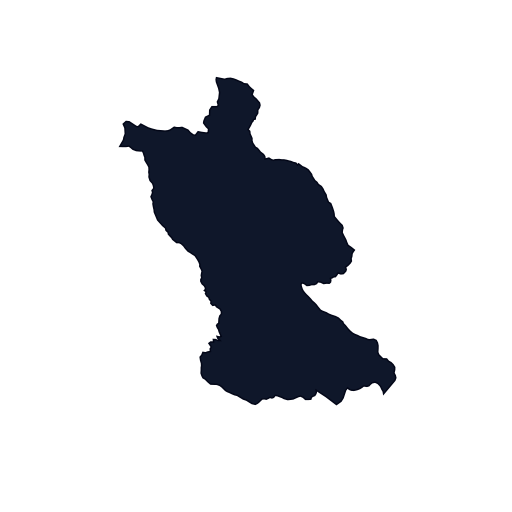 Condeúba, Bahia, Brazil, rotated 129°
{"feature_id": "56859067B15053950259209", "entity_name": "Condeúba", "entity_type": "district", "adm_level": 2, "iso_a3": "BRA", "parent_name": "Brazil", "parent_adm1": "Bahia", "projection": "equal_earth", "projection_center": [-42.052, -14.924], "detail": "fine", "context": "isolated", "style": "filled", "palette": "ink", "viewbox_px": 512, "rotation_deg": 129, "n_neighbors": 0, "source": "geoboundaries", "source_scale": "gbopen_adm2", "svg_char_len": 5369}
<svg xmlns="http://www.w3.org/2000/svg" viewBox="0 0 512 512"><g transform="rotate(129 256 256)"><path d="M332.8,123.3L330.8,124.1L328.9,123.4L327.5,122.6L326.0,122.7L324.2,123.2L322.4,124.9L321.2,113.1L320.8,100.0L315.4,98.5L311.5,99.0L303.8,101.9L300.8,101.9L300.9,99.6L300.3,97.6L298.9,95.5L297.2,94.1L295.8,93.1L293.7,91.9L291.4,91.1L289.2,90.6L287.5,87.8L285.8,86.6L283.8,86.5L281.5,86.0L279.1,84.1L278.3,81.1L278.7,77.8L279.4,76.0L280.3,74.3L281.2,71.9L282.8,70.1L265.3,69.8L262.7,70.7L261.2,72.6L260.1,75.2L257.1,76.7L255.2,78.2L254.2,81.1L253.9,84.0L254.4,86.8L253.8,89.7L256.1,92.7L255.8,95.7L255.5,98.5L254.1,100.9L251.3,102.9L248.9,104.8L247.1,107.0L246.0,109.5L246.7,112.3L248.3,113.8L249.6,115.0L250.6,116.7L251.1,118.8L252.3,121.8L253.4,124.5L253.9,127.0L254.8,129.8L255.3,132.4L255.2,135.8L254.7,139.2L253.9,142.7L253.6,145.5L252.6,147.2L252.7,149.6L252.4,152.9L253.1,156.1L253.9,158.2L254.6,160.0L255.5,163.0L255.9,165.7L256.6,167.8L257.2,169.7L257.6,171.8L256.8,175.8L256.1,178.5L255.8,181.0L255.7,184.1L255.2,186.4L254.7,190.1L254.5,192.6L254.1,195.1L253.5,197.5L252.7,199.3L251.5,201.2L250.0,203.2L247.8,203.3L247.0,201.0L246.9,197.9L245.3,196.2L243.3,194.9L241.5,192.7L239.3,191.6L237.2,191.9L235.6,189.4L234.8,186.1L232.7,184.2L231.0,181.9L229.4,181.7L227.8,182.6L226.6,184.1L225.0,183.1L223.4,182.6L222.1,181.3L220.0,181.3L217.6,181.6L216.5,178.8L214.8,177.1L213.3,176.9L211.1,176.8L209.6,177.5L208.4,179.4L205.4,178.7L202.2,178.4L199.9,178.7L198.2,180.5L196.1,181.3L193.6,182.9L191.4,183.2L189.5,183.3L189.5,187.2L189.8,191.3L188.2,194.4L187.1,196.1L186.2,198.1L185.2,200.5L183.6,203.8L181.1,205.4L179.5,206.0L178.0,208.3L177.7,211.4L177.4,213.4L176.9,216.1L176.1,220.0L174.1,221.9L172.7,223.6L170.4,227.1L168.2,231.0L168.6,233.5L166.1,238.1L164.4,240.0L163.0,243.8L161.8,246.1L160.9,249.0L161.2,252.6L160.4,255.1L160.4,257.8L159.6,260.0L158.8,262.5L157.6,264.2L156.8,267.1L156.2,269.7L156.4,272.0L156.8,274.0L157.5,276.2L157.5,278.5L157.6,280.9L159.2,281.0L158.7,283.5L159.8,285.6L160.7,288.5L161.6,290.3L162.4,292.2L163.8,294.8L165.4,296.8L166.5,298.7L169.2,301.7L170.8,302.8L171.5,304.9L171.8,307.6L173.6,308.9L175.0,309.9L173.1,311.9L172.4,314.1L172.5,318.0L172.0,320.1L171.5,322.7L171.9,324.9L171.1,327.3L170.4,329.6L168.9,331.8L167.1,333.2L166.2,334.9L164.9,337.5L163.0,339.4L162.8,341.8L160.8,342.1L158.9,342.4L157.0,342.8L154.8,343.4L153.0,343.3L151.5,343.9L150.1,342.8L148.1,344.1L145.9,344.3L143.9,344.6L141.3,346.6L138.6,346.8L136.3,347.8L134.8,349.7L134.4,352.0L133.9,354.6L133.8,357.9L133.0,360.7L130.8,361.4L128.9,362.1L128.9,365.0L128.7,367.9L127.9,371.0L129.8,373.9L130.0,376.5L131.0,379.6L131.7,382.3L132.6,384.9L134.0,387.7L136.3,390.1L138.4,391.5L142.3,398.9L144.0,398.0L145.6,396.3L149.1,390.5L151.8,387.2L157.1,383.8L160.5,383.0L162.6,380.0L164.5,380.3L167.7,384.2L171.7,383.8L175.8,380.7L179.9,382.6L183.9,381.4L185.6,380.4L186.8,375.9L187.0,372.9L190.2,370.8L191.7,371.9L194.3,376.2L195.9,379.2L200.3,379.1L201.4,380.8L201.6,384.8L201.0,388.1L202.6,394.4L204.6,396.3L206.4,398.6L207.4,400.6L211.9,401.9L214.1,403.2L216.2,405.3L220.8,412.0L223.1,417.1L224.4,420.6L226.0,428.5L229.8,428.9L230.7,430.7L231.5,439.0L233.2,441.6L237.0,442.2L238.9,438.5L243.4,434.4L245.2,433.8L247.0,433.2L248.7,432.2L250.7,431.7L252.9,431.4L256.5,430.8L254.4,428.1L252.6,425.9L250.5,423.9L250.4,421.5L250.5,418.8L249.4,415.4L247.6,412.7L245.8,410.3L246.8,408.2L248.2,406.2L249.2,404.4L251.3,402.7L252.3,400.1L253.1,397.8L254.2,395.2L256.2,393.4L258.3,392.0L259.8,390.3L261.9,388.9L264.0,385.8L264.6,382.1L265.8,380.1L267.3,378.3L268.7,377.9L270.5,378.0L271.7,376.3L273.7,375.5L276.0,374.9L277.5,372.2L278.5,369.9L280.3,368.9L282.3,366.6L284.2,364.2L285.8,362.7L287.1,360.3L288.6,357.5L289.9,355.1L290.4,352.0L291.1,347.7L291.2,343.9L292.7,342.0L292.9,339.1L294.1,337.9L294.5,335.5L294.8,333.0L295.5,331.2L295.5,328.7L295.5,326.1L293.9,324.1L293.4,321.8L293.6,318.6L294.4,315.7L295.0,311.7L294.6,309.5L294.4,306.8L294.0,303.7L294.6,301.7L295.3,299.5L296.4,296.7L297.8,294.3L299.4,293.2L300.8,289.9L301.7,288.3L303.7,287.3L305.5,286.3L307.1,284.4L308.9,284.1L310.4,282.9L311.5,280.3L311.6,277.6L312.3,275.7L313.6,274.3L315.3,274.4L315.1,272.2L317.0,271.6L318.0,269.0L317.8,266.7L319.0,264.9L319.4,262.4L321.2,261.3L321.6,258.6L319.6,256.8L320.3,254.8L319.8,250.6L320.9,247.9L323.0,246.3L325.3,246.4L327.9,245.3L330.1,243.7L331.8,242.5L333.2,243.1L334.8,242.9L335.9,241.0L336.7,238.7L338.0,237.0L338.9,235.2L340.4,232.4L342.0,233.5L343.0,235.6L344.0,233.9L344.3,230.7L345.8,232.7L346.4,234.8L347.7,236.6L349.5,234.8L351.4,237.1L353.5,237.6L354.8,233.4L356.9,233.2L358.9,231.3L361.1,233.2L363.0,234.3L364.3,236.6L367.2,235.7L369.7,235.8L371.9,233.4L373.7,230.8L375.5,229.2L377.1,228.3L379.2,226.6L381.6,224.9L383.1,222.5L384.0,220.5L383.6,217.9L384.0,214.3L384.1,210.7L382.4,208.4L380.3,205.6L379.3,202.6L379.2,200.2L379.4,198.1L379.7,195.1L379.4,193.0L378.7,190.8L378.0,187.8L377.3,185.4L376.1,182.9L375.8,180.4L375.5,178.4L375.2,176.0L374.0,172.7L373.6,169.4L373.2,166.3L371.7,163.2L369.7,162.3L368.1,161.9L365.6,161.6L363.3,161.3L361.7,159.7L360.8,157.9L358.8,156.9L357.1,156.2L356.3,154.3L354.8,153.4L352.2,153.4L351.0,151.2L350.3,149.0L349.5,146.8L349.1,144.5L347.6,141.0L346.1,139.5L343.7,137.2L340.9,135.8L338.6,134.6L336.8,133.3L336.1,130.4L336.3,127.3L334.6,125.2L332.8,123.3Z" fill="#0f172a" stroke="#020617" stroke-width="1.5"/></g></svg>